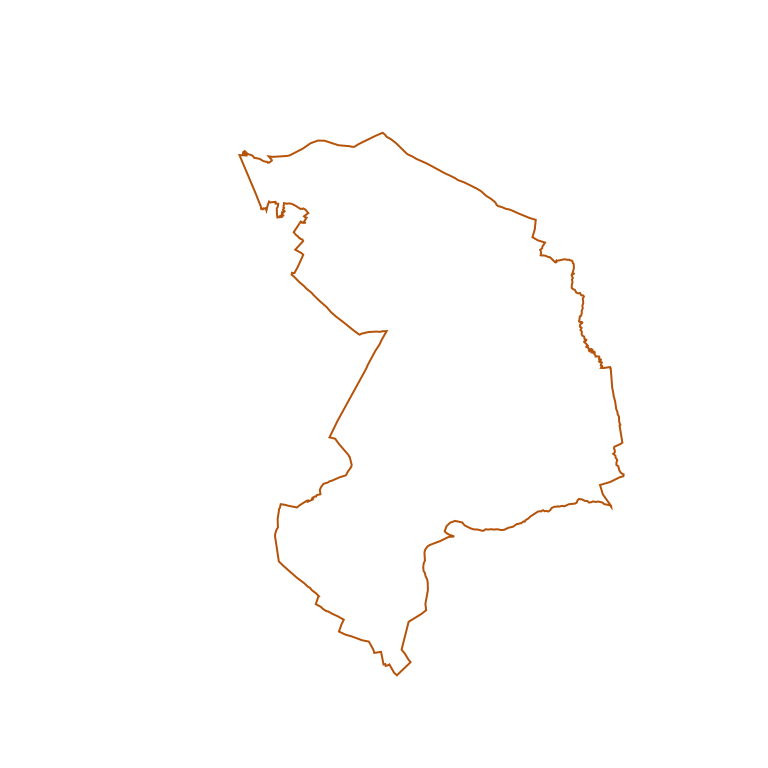 the district of Secas, Arad, Romania, rotated 308°
{"feature_id": "2599482B87304123778609", "entity_name": "Secas", "entity_type": "district", "adm_level": 2, "iso_a3": "ROU", "parent_name": "Romania", "parent_adm1": "Arad", "projection": "orthographic", "projection_center": [21.803, 45.915], "detail": "fine", "context": "isolated", "style": "outline", "palette": "amber", "viewbox_px": 768, "rotation_deg": 308, "n_neighbors": 0, "source": "geoboundaries", "source_scale": "gbopen_adm2", "svg_char_len": 6166}
<svg xmlns="http://www.w3.org/2000/svg" viewBox="0 0 768 768"><g transform="rotate(308 384 384)"><path d="M536.5,551.7L531.5,546.9L530.3,545.1L532.4,545.0L532.5,544.7L532.0,543.6L532.3,543.1L535.0,542.5L535.1,542.1L534.0,540.4L534.1,539.7L534.8,539.5L535.7,540.3L536.7,540.0L536.8,539.5L536.1,538.0L537.9,537.0L538.0,536.4L537.1,535.1L535.9,533.9L536.7,533.1L537.0,531.5L538.8,530.5L538.8,529.8L537.2,529.4L536.8,528.4L539.1,527.6L539.4,526.9L539.2,526.2L536.9,526.7L536.4,526.3L536.3,525.7L536.5,524.9L538.3,524.6L537.8,523.3L538.6,522.3L537.7,520.8L538.2,520.3L539.7,520.8L540.1,519.0L540.4,515.7L541.1,515.6L542.5,516.5L543.4,516.2L542.9,514.4L544.6,512.5L544.2,510.5L545.2,508.8L547.1,507.7L547.5,505.6L549.9,505.2L550.0,504.5L549.7,503.4L550.1,502.8L552.1,501.9L553.9,502.6L554.6,502.3L554.6,501.7L553.3,499.7L553.6,498.9L554.9,498.5L557.8,496.7L558.7,497.3L561.4,496.4L563.1,494.9L566.2,493.9L567.7,492.1L570.4,491.3L573.6,488.1L576.0,487.7L576.3,487.0L576.3,486.1L575.5,485.2L575.4,484.5L576.4,482.4L575.0,481.3L574.4,479.3L575.6,476.6L575.1,473.9L575.4,472.6L577.9,470.9L580.4,469.8L582.0,467.8L583.7,467.6L585.3,464.8L586.0,464.6L587.2,465.6L587.9,465.6L587.7,464.1L592.1,462.4L595.4,459.6L595.5,458.4L596.7,457.1L596.8,455.9L595.9,454.3L596.1,453.6L595.0,452.4L593.3,449.3L588.2,445.1L587.8,443.9L586.9,443.9L586.1,444.8L585.5,444.5L585.3,443.8L586.1,436.9L585.2,435.1L584.4,432.1L583.2,430.0L582.6,429.6L581.9,428.2L584.8,426.5L585.8,424.5L588.2,425.1L589.9,424.2L594.6,423.8L591.9,416.7L591.1,410.6L598.9,407.5L606.8,402.5L604.5,396.7L601.4,385.7L599.0,376.0L597.0,372.0L596.0,368.1L594.4,364.2L594.5,362.4L595.6,360.0L595.7,359.0L595.8,354.2L595.2,348.8L595.7,341.7L595.0,336.3L592.2,322.8L590.2,316.7L590.0,313.2L587.4,301.6L584.1,281.9L581.3,270.8L580.8,266.5L579.6,261.4L579.6,259.5L581.2,245.2L581.2,238.9L580.4,233.8L581.1,231.4L581.1,228.2L574.1,224.4L557.6,216.4L552.7,214.6L551.1,212.6L550.4,210.8L544.1,201.1L539.1,187.4L535.2,182.1L528.5,177.9L519.5,175.1L506.2,169.0L504.1,167.3L494.5,156.5L492.4,153.0L491.6,157.3L491.1,158.0L488.0,157.4L486.9,156.3L487.3,155.4L486.3,153.9L485.4,151.7L484.8,147.2L482.3,142.4L482.9,140.7L482.8,138.9L481.3,134.9L481.8,130.8L479.9,130.3L478.9,130.9L480.3,132.8L480.2,134.7L479.5,135.1L475.4,129.2L455.0,165.8L448.0,177.7L446.4,179.3L446.9,179.9L446.7,180.4L446.9,180.8L447.6,180.4L448.3,181.0L448.3,181.6L449.8,182.5L448.4,184.5L453.5,182.2L457.0,181.1L457.1,182.7L460.7,186.3L460.5,186.8L459.4,187.4L460.9,189.7L458.5,191.1L456.5,191.3L452.0,195.0L449.6,197.5L450.9,198.7L451.7,198.4L453.5,199.1L452.6,199.3L452.1,200.1L452.7,200.7L454.9,200.8L454.9,200.4L454.3,199.8L455.6,198.5L456.5,198.0L457.0,199.2L459.0,199.3L459.1,198.3L458.5,198.0L459.2,197.0L461.2,196.9L461.3,196.0L465.0,193.9L466.3,196.5L467.9,198.1L469.1,200.2L470.0,204.3L470.5,210.4L471.5,211.2L471.9,212.1L472.7,212.4L473.0,214.7L472.1,219.1L466.9,217.7L466.8,218.8L467.4,220.6L461.8,221.1L463.0,223.2L460.6,220.3L461.0,219.2L460.8,218.4L448.0,219.4L447.2,223.5L447.4,225.7L446.8,226.6L447.1,227.6L446.9,228.8L447.6,230.8L446.9,232.3L435.2,231.4L436.3,237.9L436.2,240.8L423.1,244.0L416.3,245.1L415.8,244.7L415.1,243.1L413.2,243.9L413.3,246.3L412.2,254.4L411.9,261.0L411.4,263.8L411.3,270.9L410.8,273.1L409.8,281.9L409.3,291.5L408.0,297.9L407.6,304.7L407.7,315.4L407.5,326.7L407.7,333.6L407.9,334.5L409.5,335.1L415.3,339.7L420.7,345.8L422.6,348.8L424.4,350.1L427.3,353.5L417.3,355.0L412.1,356.2L404.6,356.8L388.9,359.5L384.7,360.6L326.2,370.1L308.4,373.9L310.8,379.2L309.0,385.5L306.1,400.0L305.6,400.6L305.4,401.9L300.4,408.3L298.4,409.2L292.8,409.5L288.6,410.2L282.9,406.3L275.8,402.5L273.6,400.9L271.9,400.5L268.0,397.7L263.7,397.9L260.9,398.7L258.2,401.7L257.4,401.5L256.8,400.7L254.9,399.4L253.5,399.8L252.9,398.8L250.3,397.7L249.7,397.8L249.8,398.9L249.0,398.9L244.0,396.2L244.1,395.9L245.2,395.6L244.9,395.2L236.6,392.2L233.1,391.4L229.2,383.7L227.9,380.5L225.7,376.6L222.5,378.1L221.0,378.3L212.0,383.4L205.7,388.7L202.3,389.2L199.0,390.5L197.1,391.7L179.4,410.4L178.7,417.4L177.7,434.6L177.9,443.7L177.4,448.6L177.8,451.2L177.1,454.1L177.2,459.4L176.6,463.5L175.9,463.2L168.5,465.8L169.5,471.4L169.2,474.1L169.5,478.3L170.4,480.1L171.1,484.9L172.4,490.2L173.5,497.4L168.5,498.5L161.2,500.9L162.7,507.7L165.3,514.2L168.5,524.3L171.7,530.7L168.6,538.0L167.1,540.7L166.1,541.9L171.1,546.6L162.7,556.3L164.1,557.5L162.9,558.9L165.5,560.7L166.3,560.9L162.7,569.6L162.4,573.5L181.1,576.2L182.1,572.4L184.4,566.3L185.4,561.6L185.7,561.3L211.8,549.8L226.0,555.1L231.7,556.5L236.2,552.0L248.6,545.5L254.2,540.9L256.4,538.6L258.3,534.9L260.4,532.3L261.0,530.4L263.5,527.9L266.9,525.8L270.2,524.9L274.6,520.9L276.7,519.3L279.0,518.4L282.7,518.3L285.2,519.1L294.9,525.0L302.5,528.7L304.6,530.3L306.4,532.6L306.8,532.5L306.6,531.5L305.4,528.2L305.1,526.2L305.0,524.1L305.3,522.5L310.5,520.8L315.4,521.5L319.9,524.3L322.6,529.9L323.1,531.0L322.5,532.9L322.3,535.2L323.6,541.2L324.7,544.2L327.1,547.6L328.7,551.6L329.7,552.8L332.1,553.5L333.4,555.7L335.5,557.8L337.5,561.0L338.3,561.5L339.7,563.4L340.9,566.0L343.0,568.4L347.4,570.6L350.9,573.5L355.7,575.0L356.3,576.0L357.7,576.7L358.5,577.7L361.7,578.6L362.1,579.6L364.3,579.5L367.0,580.6L369.7,580.9L378.1,583.8L379.5,584.9L380.2,586.2L381.9,586.7L382.6,587.3L382.6,588.9L383.9,590.0L384.6,591.9L386.9,592.7L389.4,592.4L392.4,594.0L393.8,595.8L394.7,596.3L394.8,597.0L395.6,597.8L397.5,599.3L398.2,600.2L398.5,601.3L403.2,603.8L407.3,608.1L409.3,608.9L410.8,608.3L413.0,608.2L413.6,608.5L414.1,609.8L415.0,611.0L415.6,614.4L416.9,616.0L416.8,618.6L418.6,620.2L420.2,621.0L421.4,623.5L423.2,625.1L424.7,628.2L425.1,629.5L424.9,631.5L427.6,636.7L427.0,638.8L427.7,638.1L431.7,624.5L437.4,616.4L446.1,622.6L455.7,627.2L458.7,629.4L460.3,628.5L460.0,627.5L459.9,625.0L460.9,622.5L463.4,619.3L463.3,616.9L465.8,615.2L467.5,614.8L468.2,613.3L468.4,612.1L470.0,610.5L470.1,607.6L471.7,608.0L472.5,607.8L473.9,606.6L474.6,605.2L476.3,604.1L481.5,606.9L484.5,608.0L496.4,595.1L497.3,595.4L498.9,592.7L503.0,589.2L504.1,586.6L505.5,585.4L507.4,582.2L512.4,577.1L516.5,571.6L517.2,571.2L521.6,566.1L535.2,553.7L535.9,553.0L535.6,552.7L536.5,551.7Z" fill="none" stroke="#b45309" stroke-width="2"/></g></svg>